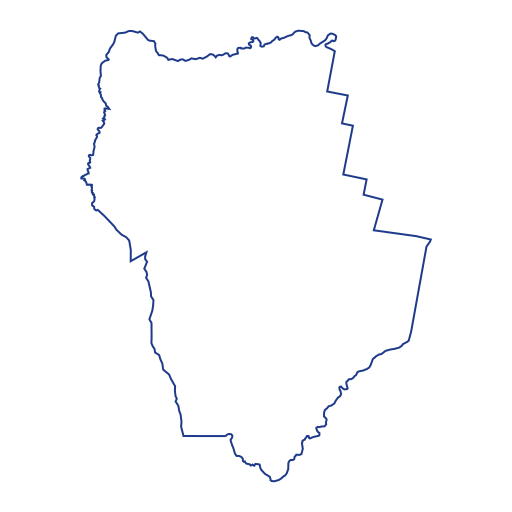 the district of La Cocha, Tucumán, Argentina
{"feature_id": "61730980B81092064808968", "entity_name": "La Cocha", "entity_type": "district", "adm_level": 2, "iso_a3": "ARG", "parent_name": "Argentina", "parent_adm1": "Tucumán", "projection": "orthographic", "projection_center": [-65.63, -27.811], "detail": "fine", "context": "isolated", "style": "outline", "palette": "blue", "viewbox_px": 512, "rotation_deg": 0, "n_neighbors": 0, "source": "geoboundaries", "source_scale": "gbopen_adm2", "svg_char_len": 5833}
<svg xmlns="http://www.w3.org/2000/svg" viewBox="0 0 512 512"><path d="M312.6,44.6L311.5,43.3L310.7,40.5L309.6,38.1L309.4,37.3L309.7,35.3L308.0,33.1L307.2,32.4L305.6,32.2L303.7,31.1L298.3,30.7L295.7,31.5L294.3,32.4L292.7,34.3L291.6,35.0L287.9,36.0L283.7,37.9L281.2,38.5L279.6,39.8L278.6,39.2L278.6,37.9L278.2,37.2L277.1,36.7L275.6,37.9L274.2,39.8L272.4,40.9L271.1,42.3L269.1,43.3L267.5,43.5L267.3,43.9L266.1,43.9L264.8,44.4L264.3,44.9L263.9,46.2L262.7,46.6L261.5,46.6L260.4,46.0L260.7,43.1L259.6,41.0L258.6,40.1L257.2,38.1L256.6,37.9L254.8,38.5L254.1,38.3L252.8,37.2L252.1,37.2L251.3,38.3L251.2,39.0L253.1,40.1L253.4,41.1L252.7,42.0L250.3,42.3L248.8,43.3L249.0,44.5L250.9,45.8L251.1,46.8L250.7,47.8L250.0,48.2L249.0,47.8L245.9,47.6L244.2,48.5L243.2,48.6L241.6,48.3L241.2,48.5L240.7,47.8L238.4,47.9L237.8,48.3L237.3,49.3L237.5,52.3L237.9,52.7L237.8,53.6L232.6,54.8L230.2,56.5L229.3,56.2L228.7,54.7L227.8,53.5L226.1,53.2L225.1,53.5L223.3,54.7L221.5,55.3L219.6,54.9L217.2,55.5L215.7,57.3L214.4,55.7L213.0,54.6L210.1,54.1L207.1,56.4L202.7,58.7L199.9,57.8L195.7,59.2L191.4,58.4L189.3,59.7L186.8,60.6L185.3,60.8L182.8,59.4L181.5,59.4L179.6,59.9L178.3,60.9L177.6,61.0L172.6,59.1L171.1,59.2L168.3,59.9L167.7,58.5L166.7,57.5L163.4,55.6L160.6,55.2L158.9,55.2L157.7,53.0L156.5,51.8L155.9,50.6L155.1,45.5L155.4,43.8L154.0,41.2L149.5,40.6L148.1,40.0L142.9,33.8L140.0,31.5L139.4,31.6L138.5,32.4L137.8,32.6L133.0,31.2L129.7,30.9L128.1,31.3L125.3,32.6L118.2,33.4L115.8,35.8L114.4,41.7L113.1,44.3L110.0,48.5L108.8,51.9L106.3,54.9L106.4,57.1L108.7,59.3L108.7,59.7L108.0,60.1L105.2,60.7L102.0,63.1L101.3,64.2L100.7,66.1L100.5,71.1L100.9,75.9L99.7,77.9L99.2,82.4L98.2,84.2L98.9,85.4L98.5,85.9L99.3,88.0L100.1,88.6L99.5,89.1L99.6,89.6L99.1,91.3L99.3,91.8L100.4,92.2L99.8,92.9L100.9,94.7L101.0,97.0L102.0,98.0L102.7,100.0L103.8,101.5L105.7,103.4L106.2,105.7L107.7,106.7L109.2,108.9L104.9,108.4L104.5,108.6L105.1,110.9L104.5,110.9L104.6,111.7L104.1,112.3L105.0,114.7L105.1,115.4L104.4,116.0L104.4,116.6L104.0,117.4L104.3,117.9L103.3,118.2L102.9,118.7L104.6,119.7L103.8,120.2L103.6,121.0L103.0,121.0L104.2,122.8L104.1,123.9L101.4,127.6L100.7,127.9L98.6,127.8L97.8,128.4L97.7,129.5L99.2,131.0L99.7,132.5L98.9,133.3L97.7,133.6L96.4,134.9L96.4,135.4L96.9,135.8L97.0,136.4L96.8,137.4L94.9,140.7L94.9,141.9L94.0,143.7L94.6,146.8L93.4,151.6L93.4,153.3L93.0,155.0L91.4,155.3L90.0,154.8L89.2,155.1L88.8,155.8L89.0,156.5L90.0,157.8L90.3,158.7L89.8,160.3L90.2,162.4L89.7,162.9L88.6,162.9L88.0,163.7L88.5,165.1L89.6,166.3L90.2,167.8L87.6,169.0L87.7,170.6L88.6,172.1L88.4,172.6L88.6,173.5L87.7,173.6L86.2,174.6L85.2,174.8L83.7,176.0L83.2,175.9L82.5,176.3L81.6,177.0L81.2,178.0L81.4,178.5L83.8,178.5L84.7,178.9L85.0,179.8L84.4,180.4L85.6,181.2L86.6,183.3L86.8,184.7L88.2,184.9L88.9,184.5L91.9,184.8L92.0,185.2L91.1,185.8L91.8,186.7L91.6,187.1L92.0,187.6L91.9,189.1L91.6,189.5L91.7,190.6L92.1,190.8L91.8,191.6L91.9,192.6L92.8,192.9L92.9,194.5L94.0,194.5L94.1,196.0L94.8,197.2L94.2,197.7L94.6,199.1L94.2,201.0L93.6,201.8L92.1,203.1L92.1,205.4L94.1,206.8L94.3,209.0L96.2,210.5L97.8,209.9L104.6,216.2L114.4,226.5L116.4,229.7L121.6,234.7L126.2,237.2L129.2,240.5L130.8,250.1L130.7,261.2L146.4,252.3L145.1,256.5L145.2,259.2L147.1,261.7L144.3,268.7L146.5,272.0L147.1,274.9L146.1,277.8L148.4,281.4L150.9,292.3L151.1,296.5L153.5,300.1L153.1,305.4L152.4,310.4L149.4,319.3L151.5,323.0L151.6,338.2L151.4,343.0L152.8,346.5L154.5,348.8L155.1,352.5L159.2,355.1L160.3,359.1L162.3,363.5L163.2,369.6L169.1,374.5L170.9,378.8L175.1,386.2L174.9,391.1L175.6,396.3L176.8,398.8L175.6,401.5L178.3,405.7L179.2,410.9L180.6,414.6L181.5,421.7L181.1,426.7L183.5,436.0L224.3,436.1L225.7,435.9L227.5,434.4L229.0,434.0L231.4,434.3L232.3,435.7L232.4,436.5L231.7,438.3L230.7,439.5L230.7,440.8L232.3,445.7L233.1,447.3L235.0,453.7L236.5,455.9L239.3,456.0L241.5,457.1L242.8,458.7L243.0,461.0L243.6,461.7L244.8,461.4L245.1,462.3L246.4,463.6L249.7,464.3L250.6,465.5L252.1,465.0L252.5,464.6L253.8,465.7L254.4,465.7L254.7,464.8L255.4,463.9L259.3,464.4L259.7,464.7L260.3,467.9L261.4,470.0L264.9,473.8L269.7,476.7L270.5,478.9L270.6,480.3L271.6,481.0L274.2,481.3L278.8,480.0L281.3,478.4L283.7,476.2L284.7,475.8L285.6,474.9L286.9,473.0L287.6,470.6L288.2,469.6L288.4,462.8L289.3,461.1L290.5,460.0L292.8,460.0L294.2,459.2L294.7,456.5L295.7,455.9L296.3,454.7L299.6,454.9L301.4,454.1L302.8,448.8L301.9,443.0L302.4,442.2L302.5,440.7L304.9,439.5L305.2,438.5L306.9,436.6L306.9,436.1L308.0,435.9L308.6,436.1L309.1,437.9L309.6,438.4L310.1,438.4L313.0,437.1L318.9,435.7L319.4,435.2L319.4,433.0L317.7,431.7L317.1,430.7L316.3,428.5L316.4,427.7L317.9,426.9L319.7,427.1L321.3,426.5L324.1,426.4L324.8,426.1L326.2,424.3L325.9,422.3L326.5,420.5L326.5,419.0L324.0,416.4L324.1,412.6L324.9,410.0L327.1,408.2L328.6,406.3L331.4,405.5L334.3,403.5L335.7,400.8L337.5,398.2L338.3,397.3L340.0,396.3L340.5,395.5L341.1,394.0L340.5,391.2L339.8,390.0L339.4,388.4L339.3,387.7L339.7,386.9L341.0,386.5L342.6,388.3L344.3,389.4L347.0,389.1L347.6,388.5L346.3,383.3L346.4,382.0L346.8,381.4L347.5,381.0L348.8,379.4L349.4,379.1L350.9,379.2L352.8,378.3L354.5,376.2L356.2,374.9L357.3,372.4L358.5,371.5L364.0,370.3L364.6,369.8L366.9,369.1L369.3,367.4L370.6,365.2L372.9,358.9L374.9,357.5L375.5,356.6L379.4,354.3L380.6,354.3L381.6,353.9L385.5,350.9L390.4,349.5L394.4,348.9L399.4,347.5L402.0,345.6L402.8,344.2L407.3,341.8L408.7,340.7L411.1,331.8L426.5,246.6L430.0,241.6L430.8,239.5L416.0,236.1L373.8,230.3L382.5,199.6L363.6,194.7L366.6,179.4L343.3,174.5L352.9,125.7L342.0,123.4L347.8,95.5L327.2,91.5L334.8,51.2L331.0,49.0L326.5,47.1L325.6,46.1L325.4,44.8L325.9,44.2L328.1,43.5L328.5,43.0L329.6,42.6L331.4,41.2L331.6,40.7L332.5,40.6L333.6,41.2L335.0,40.7L335.6,39.7L336.2,36.5L335.8,35.7L334.9,34.9L332.3,33.7L330.4,33.6L327.8,35.5L326.7,38.2L325.0,40.4L319.9,43.6L317.9,45.4L315.4,46.1L313.9,45.6L312.6,44.6Z" fill="none" stroke="#1e3a8a" stroke-width="2"/></svg>